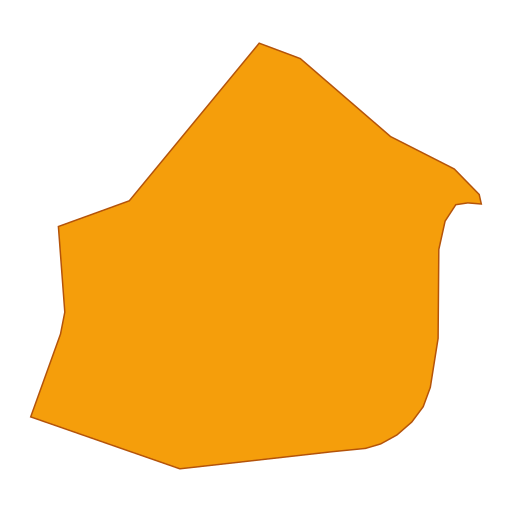 SVG path tracing the border of Prebold
{"feature_id": "SVN-243", "entity_name": "Prebold", "entity_type": "Municipality", "adm_level": 1, "iso_a3": "SVN", "parent_name": "Slovenia", "parent_adm1": "", "projection": "natural_earth1", "projection_center": [15.109, 46.221], "detail": "fine", "context": "isolated", "style": "filled", "palette": "amber", "viewbox_px": 512, "rotation_deg": 0, "n_neighbors": 0, "source": "natural_earth", "source_scale": "10m", "svg_char_len": 425}
<svg xmlns="http://www.w3.org/2000/svg" viewBox="0 0 512 512"><path d="M259.2,43.2L300.3,58.6L390.6,136.6L454.3,169.0L479.2,194.5L481.3,204.0L467.8,202.9L455.8,204.7L445.1,221.1L438.8,249.5L438.1,338.3L430.3,387.4L423.2,406.7L411.8,422.0L397.0,434.9L380.7,443.9L365.5,448.4L332.2,451.7L179.8,468.8L30.7,416.9L60.5,334.1L64.8,312.2L58.4,226.5L129.3,200.8L259.2,43.2Z" fill="#f59e0b" stroke="#b45309" stroke-width="1.5"/></svg>